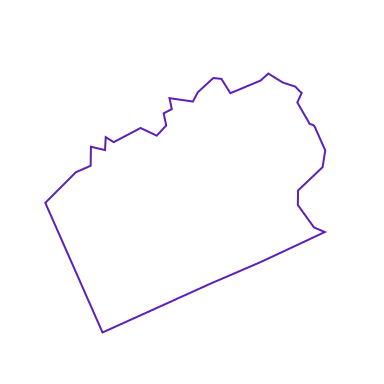 Yadkin, North Carolina, United States of America, rotated 334°
{"feature_id": "52423323B7501124425209", "entity_name": "Yadkin", "entity_type": "district", "adm_level": 2, "iso_a3": "USA", "parent_name": "United States of America", "parent_adm1": "North Carolina", "projection": "natural_earth1", "projection_center": [-80.603, 36.167], "detail": "fine", "context": "isolated", "style": "outline", "palette": "violet", "viewbox_px": 384, "rotation_deg": 334, "n_neighbors": 0, "source": "geoboundaries", "source_scale": "gbopen_adm2", "svg_char_len": 784}
<svg xmlns="http://www.w3.org/2000/svg" viewBox="0 0 384 384"><g transform="rotate(334 192 192)"><path d="M50.0,279.0L130.8,281.4L131.2,281.3L131.6,281.3L132.0,281.4L132.6,281.4L133.8,281.4L144.1,281.8L152.4,282.0L169.2,282.5L221.8,285.0L225.7,285.1L293.8,286.2L286.1,277.3L281.4,250.1L288.0,237.1L320.3,226.9L330.0,213.0L330.9,187.2L330.8,186.3L330.3,185.1L330.1,184.7L327.5,182.3L327.4,178.6L325.9,157.7L334.0,151.0L333.8,150.5L333.1,148.8L332.9,148.5L331.0,142.5L321.6,133.4L312.5,119.0L302.5,121.9L269.8,120.0L268.0,103.2L261.1,98.9L241.0,104.9L232.5,111.1L212.9,97.8L210.2,108.6L201.0,108.9L198.0,120.9L185.0,125.9L173.8,111.9L143.5,112.9L138.5,104.9L132.2,116.2L121.0,107.0L112.4,124.0L96.4,123.3L55.4,137.4L50.0,279.0Z" fill="none" stroke="#5b21b6" stroke-width="2"/></g></svg>